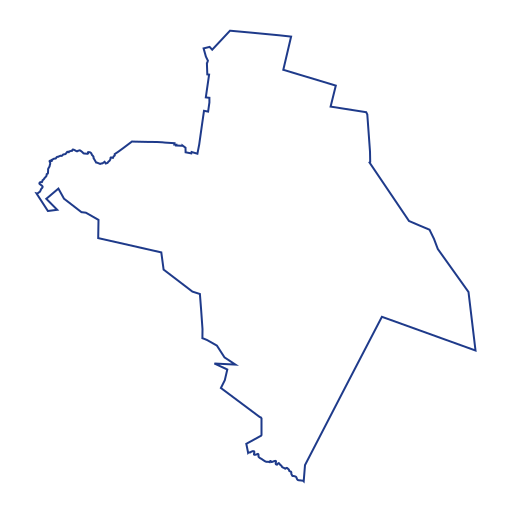 the district of Viesca, Coahuila, Mexico
{"feature_id": "50627088B90788321268569", "entity_name": "Viesca", "entity_type": "district", "adm_level": 2, "iso_a3": "MEX", "parent_name": "Mexico", "parent_adm1": "Coahuila", "projection": "natural_earth1", "projection_center": [-102.997, 25.187], "detail": "fine", "context": "isolated", "style": "outline", "palette": "blue", "viewbox_px": 512, "rotation_deg": 0, "n_neighbors": 0, "source": "geoboundaries", "source_scale": "gbopen_adm2", "svg_char_len": 5312}
<svg xmlns="http://www.w3.org/2000/svg" viewBox="0 0 512 512"><path d="M248.1,452.9L248.3,452.7L248.5,452.6L248.9,452.4L249.2,452.4L249.8,452.5L250.0,452.5L251.3,451.7L251.8,451.5L252.3,451.3L252.5,451.2L252.9,451.2L253.6,451.2L253.8,451.2L254.0,451.4L254.2,451.5L254.3,451.9L254.3,452.3L254.1,453.5L254.0,454.0L254.0,454.4L254.0,454.5L254.3,454.7L254.5,454.8L254.8,454.8L255.0,454.8L256.6,454.4L257.5,454.0L257.9,453.9L258.1,454.0L258.3,454.2L258.4,454.4L258.5,454.7L258.5,455.4L258.5,456.6L258.6,456.8L258.7,457.0L259.5,457.7L260.0,458.1L261.7,459.0L262.6,459.7L263.9,460.5L264.6,461.1L264.9,461.2L265.5,461.4L265.8,461.6L266.2,461.8L266.5,461.8L267.9,461.8L268.4,461.8L269.5,462.1L269.8,462.2L270.0,461.9L270.1,461.6L270.1,461.4L270.1,461.2L270.3,461.0L270.5,461.0L270.9,461.2L271.5,461.9L271.6,462.0L271.9,462.0L272.3,461.8L273.0,461.6L274.0,461.2L274.6,461.0L275.3,460.9L275.5,460.9L275.8,461.0L276.0,461.5L275.7,463.1L275.7,463.4L275.7,463.6L275.8,463.9L275.9,464.2L276.1,464.3L276.3,464.5L276.5,464.6L276.9,464.6L277.1,464.6L277.5,464.1L278.5,463.1L278.8,463.1L279.2,463.5L280.4,465.0L280.5,465.1L280.9,465.3L281.2,465.5L281.8,466.4L282.1,467.0L283.3,467.7L283.9,467.9L284.4,468.2L285.0,468.6L285.3,468.7L285.5,468.7L285.9,468.2L286.0,468.1L286.7,467.9L287.0,468.0L287.3,468.1L287.5,468.3L287.8,468.7L288.1,468.9L288.4,469.1L288.6,469.3L289.0,469.9L289.1,470.5L289.2,470.8L289.4,471.0L289.5,471.1L289.8,471.2L290.4,471.5L290.8,471.6L291.0,471.8L291.1,472.0L291.3,472.3L291.3,473.3L291.3,473.8L291.4,474.1L291.6,474.4L292.3,475.8L292.5,475.9L292.7,476.0L293.5,476.0L294.4,476.2L295.4,476.5L295.8,476.7L296.3,477.2L296.5,477.7L296.6,477.9L296.8,478.6L297.1,479.2L297.7,479.9L298.1,480.1L299.0,480.3L299.8,480.3L300.3,480.3L300.5,480.4L300.9,480.5L302.3,480.6L302.8,480.7L303.1,480.8L303.4,481.0L303.7,481.3L305.0,465.1L349.1,379.9L381.9,316.8L475.5,350.5L468.5,292.0L437.8,249.0L434.0,238.9L429.5,229.7L418.8,225.2L409.0,221.0L369.5,162.5L370.2,161.9L370.0,151.6L367.3,114.5L366.2,112.2L330.6,106.6L335.8,85.6L283.3,69.8L291.1,36.6L279.3,35.3L250.9,32.6L230.0,30.7L212.2,49.7L209.6,46.9L203.6,48.4L205.9,56.6L207.9,60.7L207.2,62.8L206.9,63.1L207.3,74.4L209.1,74.6L205.8,97.4L209.4,97.8L209.4,102.5L208.1,111.6L204.0,110.8L202.1,124.0L200.1,138.1L199.2,144.5L197.4,153.7L191.6,152.0L191.3,153.4L185.6,152.3L185.5,147.7L182.5,145.5L182.5,145.8L176.1,145.5L176.3,144.7L174.3,144.6L174.5,143.2L165.0,142.6L162.4,142.3L157.0,142.0L146.6,141.9L133.4,141.6L132.0,141.5L123.1,148.2L118.3,151.7L114.7,154.1L114.7,155.5L113.6,156.4L112.9,157.9L111.0,157.4L110.6,157.7L110.6,158.1L110.3,159.4L110.0,160.0L109.7,160.5L109.4,160.9L109.1,161.1L108.4,161.7L107.5,162.9L105.8,163.5L104.6,161.8L104.1,162.2L102.4,163.4L102.2,163.4L101.9,163.4L101.7,163.4L101.1,163.5L100.8,163.7L100.7,163.8L100.1,163.9L99.9,163.8L97.9,163.0L96.9,162.6L96.3,162.6L96.2,162.6L95.9,162.1L95.5,161.4L93.8,158.5L93.6,158.2L93.5,157.9L93.6,157.2L93.4,156.6L92.7,155.6L92.3,155.3L92.0,155.0L91.5,153.8L91.3,153.4L91.1,153.1L90.2,152.4L89.9,152.3L89.5,152.2L88.8,152.2L88.6,152.1L88.2,152.1L88.0,152.3L88.0,152.5L88.0,153.0L88.0,153.4L88.0,153.5L87.9,153.6L87.6,153.7L87.4,153.8L86.6,153.7L85.5,153.6L84.0,153.5L83.5,153.3L82.1,151.9L81.8,151.7L80.8,150.9L79.8,150.3L79.6,150.3L78.8,150.6L78.0,150.8L77.8,150.9L77.5,151.2L77.1,151.3L76.9,151.3L76.6,151.2L75.6,150.7L75.2,150.4L74.7,150.2L73.7,149.7L73.3,149.6L72.9,149.5L72.7,149.6L72.5,149.8L72.2,150.6L72.1,150.8L71.9,150.9L71.7,150.9L71.2,150.9L70.9,151.0L70.4,151.1L69.4,151.4L69.0,151.7L68.9,151.7L68.8,152.1L68.7,152.1L68.4,152.2L68.1,152.1L67.9,152.1L67.9,151.9L67.6,151.8L67.4,151.9L67.2,151.9L66.3,153.0L66.1,153.2L66.0,153.5L65.8,153.7L65.5,154.0L65.0,154.2L64.8,154.2L64.1,154.3L63.2,154.5L62.9,154.8L62.2,155.5L61.9,155.8L61.7,155.9L61.4,155.9L61.2,155.9L60.7,155.7L60.3,155.8L59.2,156.3L58.6,156.5L58.2,156.8L57.4,156.8L57.1,156.9L56.9,157.0L56.7,157.2L56.3,157.6L56.2,157.9L55.9,158.3L55.7,158.5L54.8,158.6L54.1,158.7L53.8,158.8L53.5,158.9L53.0,159.3L52.5,159.5L51.5,160.0L51.6,160.3L51.9,160.7L51.9,160.8L51.6,161.0L51.4,161.0L50.5,161.0L49.9,160.8L49.7,160.9L49.6,161.0L49.6,161.5L50.2,162.8L50.2,163.1L50.2,163.7L50.1,164.1L50.0,164.6L49.8,165.0L49.7,165.8L49.6,166.2L49.5,166.5L49.2,167.1L48.8,167.6L48.6,168.1L48.3,168.6L48.1,169.2L48.1,169.6L48.1,170.9L48.0,171.9L48.0,172.7L48.0,172.9L47.7,173.6L47.2,173.8L46.9,174.0L46.7,174.2L46.7,174.6L46.6,175.0L46.5,175.6L46.4,176.0L46.0,176.5L45.4,177.2L44.7,177.9L44.3,178.4L44.1,178.8L43.5,179.5L42.8,180.1L42.6,180.2L42.2,181.5L42.1,181.9L42.0,182.0L41.9,182.1L40.8,182.1L40.2,182.2L39.7,182.6L39.4,183.2L39.4,183.5L39.5,183.8L39.8,184.1L41.7,185.5L42.3,186.1L42.5,186.4L42.6,186.7L42.6,187.0L42.2,187.9L41.9,188.2L41.5,188.6L41.2,189.0L40.9,189.5L40.6,190.4L40.0,191.5L39.8,191.8L39.5,192.0L38.7,192.5L38.3,192.9L38.1,193.0L37.6,193.3L37.2,193.5L36.9,193.5L36.5,193.4L36.8,193.9L47.9,211.0L57.2,209.8L46.3,198.8L58.4,188.6L64.0,198.7L81.5,212.2L81.9,212.2L85.9,212.7L98.5,219.9L98.2,238.1L161.3,252.4L163.6,269.6L192.4,291.6L199.9,294.0L201.2,310.8L202.5,329.2L202.4,338.2L204.1,338.8L207.0,340.0L216.9,345.6L224.5,357.4L235.4,364.6L214.4,363.5L227.3,369.5L224.8,380.2L220.9,388.0L259.7,417.0L260.8,417.4L261.5,418.4L261.5,435.0L261.1,435.7L246.3,443.8L247.9,451.7L248.1,452.9Z" fill="none" stroke="#1e3a8a" stroke-width="2"/></svg>